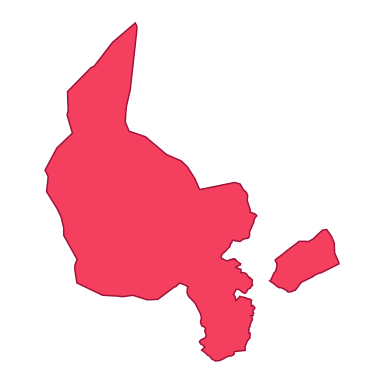 Oyo West, Oyo, Nigeria (orthographic projection)
{"feature_id": "59680162B62394297156991", "entity_name": "Oyo West", "entity_type": "district", "adm_level": 2, "iso_a3": "NGA", "parent_name": "Nigeria", "parent_adm1": "Oyo", "projection": "orthographic", "projection_center": [3.921, 7.958], "detail": "fine", "context": "isolated", "style": "filled", "palette": "rose", "viewbox_px": 384, "rotation_deg": 0, "n_neighbors": 0, "source": "geoboundaries", "source_scale": "gbopen_adm2", "svg_char_len": 5971}
<svg xmlns="http://www.w3.org/2000/svg" viewBox="0 0 384 384"><path d="M76.9,282.9L102.4,295.2L115.6,296.0L115.9,295.9L122.4,296.7L132.0,295.4L133.3,295.4L147.2,299.8L157.8,299.4L173.9,287.3L175.9,286.5L179.4,283.1L183.3,284.3L188.0,286.6L187.4,288.2L187.3,289.4L187.2,290.3L187.2,291.2L187.1,292.8L187.6,294.3L188.6,296.3L189.7,297.6L191.3,299.1L195.1,303.2L200.3,313.4L201.5,318.1L201.2,318.7L201.1,319.4L200.8,320.2L200.8,321.0L200.5,322.0L200.8,323.4L201.2,324.1L201.3,324.5L201.8,325.8L202.8,326.4L203.5,326.6L204.0,326.8L204.3,326.8L204.5,327.0L204.8,327.5L205.2,327.8L205.3,327.9L205.3,328.2L205.3,329.4L205.4,330.1L204.8,330.3L204.9,331.2L205.1,332.2L205.9,334.3L206.3,335.0L205.8,336.5L205.6,337.3L205.3,337.8L204.9,338.1L203.8,338.5L203.5,338.5L200.6,340.1L199.4,341.8L199.7,342.4L200.8,344.1L201.4,344.4L202.9,345.1L203.4,345.5L203.7,346.1L204.3,346.4L204.9,346.9L204.5,347.4L203.5,348.3L201.6,350.2L205.5,353.0L207.5,355.1L209.2,355.9L211.3,358.2L211.6,358.9L215.6,361.0L220.1,360.4L223.9,358.6L226.1,357.1L228.9,356.2L231.5,355.8L233.1,355.0L233.8,354.6L234.1,354.3L234.1,353.6L234.0,352.0L235.9,351.2L236.1,351.2L236.3,351.3L236.9,351.3L238.1,351.1L238.8,351.1L240.3,350.9L241.7,350.8L243.4,350.6L243.8,350.6L245.3,350.4L245.1,349.3L245.1,348.0L245.0,346.5L245.8,344.9L246.4,343.3L247.1,341.5L248.0,340.1L249.4,338.5L249.7,338.3L249.9,337.7L250.2,333.8L250.2,333.2L249.1,333.1L249.1,332.4L248.6,332.3L248.5,332.2L248.7,331.0L248.6,330.6L248.8,330.3L249.2,329.4L248.7,329.0L248.7,328.8L248.8,328.4L249.0,328.0L250.1,326.4L250.1,326.0L250.0,324.8L250.1,324.6L251.0,322.6L251.4,321.7L251.5,321.4L252.1,320.3L252.4,319.5L252.4,319.0L252.2,318.4L251.7,316.3L251.5,316.1L251.1,315.9L250.9,315.7L251.2,315.6L252.5,315.6L253.0,315.6L253.2,315.4L253.0,315.0L252.9,314.6L253.1,313.6L253.7,313.3L253.7,313.2L253.0,311.6L252.9,311.0L253.1,310.2L253.5,309.7L254.1,309.3L254.6,308.7L254.6,308.3L254.9,307.8L254.0,306.9L252.9,305.4L251.5,306.2L251.4,306.0L251.3,305.5L251.2,304.6L251.1,303.3L251.2,301.8L251.5,300.6L251.5,300.1L251.3,300.0L250.8,299.7L249.8,299.0L249.0,298.9L248.1,299.0L247.0,298.6L246.6,298.1L245.4,297.7L244.4,297.5L242.9,297.0L242.3,297.0L241.7,297.1L240.8,296.7L240.0,296.3L236.7,299.9L236.0,300.5L235.7,300.0L235.2,297.3L234.9,296.5L234.6,295.9L233.7,294.8L233.4,294.3L233.5,294.2L233.8,294.0L235.6,290.5L235.8,290.0L235.8,289.8L236.8,289.2L238.3,289.4L240.2,290.3L240.5,290.5L241.5,291.5L242.6,292.4L243.7,292.8L244.3,293.1L244.5,293.3L245.0,293.3L245.4,293.1L246.5,291.9L247.5,290.0L248.0,289.1L248.4,289.0L250.2,288.2L251.2,286.4L252.2,285.6L252.6,285.1L252.3,284.9L252.1,284.5L252.1,283.5L251.9,283.2L251.9,282.8L251.9,282.6L252.1,282.4L252.1,282.0L252.4,280.6L252.3,280.0L252.2,279.8L251.6,279.3L251.4,279.0L250.8,278.8L250.2,278.4L250.2,277.8L250.0,277.5L249.8,277.6L249.7,277.7L249.4,277.8L249.3,277.6L248.9,277.2L248.3,277.0L248.2,276.4L247.8,276.0L247.7,275.7L247.5,275.4L247.4,275.2L247.2,275.1L246.8,274.7L246.6,274.1L246.4,273.9L245.8,273.5L245.3,273.1L245.1,273.0L244.6,273.1L243.1,272.6L242.6,272.6L242.2,272.7L241.8,272.5L241.5,272.6L240.7,272.6L240.7,272.2L240.8,272.0L241.0,270.6L241.1,269.9L241.0,269.4L239.5,268.8L239.1,268.8L238.5,268.5L238.2,268.5L237.2,267.8L236.3,267.5L235.9,267.2L236.9,266.5L237.8,266.2L239.0,265.4L240.5,264.9L240.6,263.8L240.6,263.6L240.3,263.6L240.2,263.6L239.8,263.3L238.7,262.5L238.3,262.3L238.0,262.1L237.5,261.7L236.4,260.4L235.8,259.9L235.6,259.6L235.4,259.4L235.2,259.6L235.1,259.8L234.9,259.8L234.8,259.7L234.8,259.4L234.6,259.5L234.6,259.4L234.4,259.4L234.4,259.2L234.2,259.3L233.7,258.8L233.2,258.7L233.0,258.8L232.6,259.1L232.2,259.2L231.7,259.5L230.9,259.6L230.7,259.5L230.3,259.7L229.8,259.8L229.4,260.1L228.8,260.4L227.2,260.6L226.7,260.7L226.3,260.7L225.7,260.4L225.4,260.2L225.0,260.2L224.5,259.9L223.2,259.0L222.1,258.4L221.5,258.1L221.1,257.6L221.1,257.2L221.5,255.4L222.1,254.3L223.4,252.9L224.7,252.0L225.1,251.6L225.3,251.2L226.4,250.3L227.2,249.2L228.8,247.6L229.3,247.3L229.8,246.5L230.0,245.8L230.3,245.3L230.4,244.8L230.4,244.1L231.0,243.4L231.5,242.8L231.9,242.0L232.0,241.4L232.3,240.7L232.6,240.4L233.7,240.0L233.9,240.0L234.3,240.6L234.9,240.8L237.9,241.2L238.6,241.2L239.8,241.5L240.4,241.2L241.1,240.8L242.1,239.9L242.5,239.6L243.0,239.5L243.5,239.3L244.1,238.5L244.7,238.6L245.3,238.7L245.9,238.7L246.6,238.5L247.2,238.3L248.1,238.1L248.9,237.7L249.0,236.9L249.1,236.7L249.6,235.4L249.5,233.0L249.8,231.2L250.1,230.7L250.2,230.2L250.9,228.9L251.8,226.8L252.5,224.9L253.2,223.7L253.8,222.2L254.0,220.3L254.6,218.7L255.3,217.4L256.6,216.1L256.6,215.2L255.5,214.3L254.8,213.8L253.2,213.3L252.3,212.9L249.9,212.2L250.4,210.3L247.2,200.6L247.7,195.5L246.4,192.4L243.4,189.7L240.1,184.0L234.4,182.5L199.6,189.6L194.7,178.2L194.3,177.8L187.6,167.1L181.3,161.0L166.6,154.6L145.5,136.8L129.1,131.2L125.3,122.2L125.8,112.6L126.6,105.4L130.2,90.0L136.7,31.4L136.9,27.1L136.6,25.7L135.2,23.0L112.5,42.4L94.2,66.2L90.9,67.8L67.5,91.6L68.2,110.7L67.2,114.1L67.2,115.3L72.4,133.2L56.9,147.9L45.1,170.1L45.1,170.3L48.2,176.5L46.6,191.7L57.5,209.2L61.1,217.0L63.7,227.8L63.7,235.4L77.1,259.3L75.0,265.0L74.8,269.4L76.9,282.9ZM269.7,280.9L273.9,283.8L277.4,286.6L279.2,287.7L281.0,287.7L282.4,288.2L283.6,288.9L285.2,289.6L286.5,290.6L286.9,291.0L287.1,291.0L287.6,291.5L288.1,292.1L289.0,292.0L289.7,291.8L290.3,291.7L291.2,291.7L291.7,291.6L292.4,291.4L293.0,290.8L293.4,290.6L294.2,290.5L294.7,290.3L295.0,290.4L295.3,290.3L301.3,282.3L312.6,276.8L315.1,274.9L319.7,272.9L320.9,272.9L338.9,263.9L338.9,262.9L334.6,252.8L334.3,243.1L331.6,236.6L326.7,229.5L322.4,230.2L312.7,239.3L308.4,241.5L303.4,241.3L298.8,241.4L297.2,242.9L295.2,244.5L287.5,250.2L285.1,252.2L280.0,256.2L278.5,257.2L275.2,259.9L275.3,260.7L275.7,261.7L276.3,262.4L276.8,263.1L277.0,265.2L276.7,266.6L276.6,267.7L276.2,268.7L276.1,269.7L276.3,270.2L275.8,270.7L274.9,272.1L274.1,272.8L273.4,274.0L272.6,276.1L271.2,279.2L270.6,280.2L270.2,280.6L269.7,280.9Z" fill="#f43f5e" stroke="#9f1239" stroke-width="1.5"/></svg>